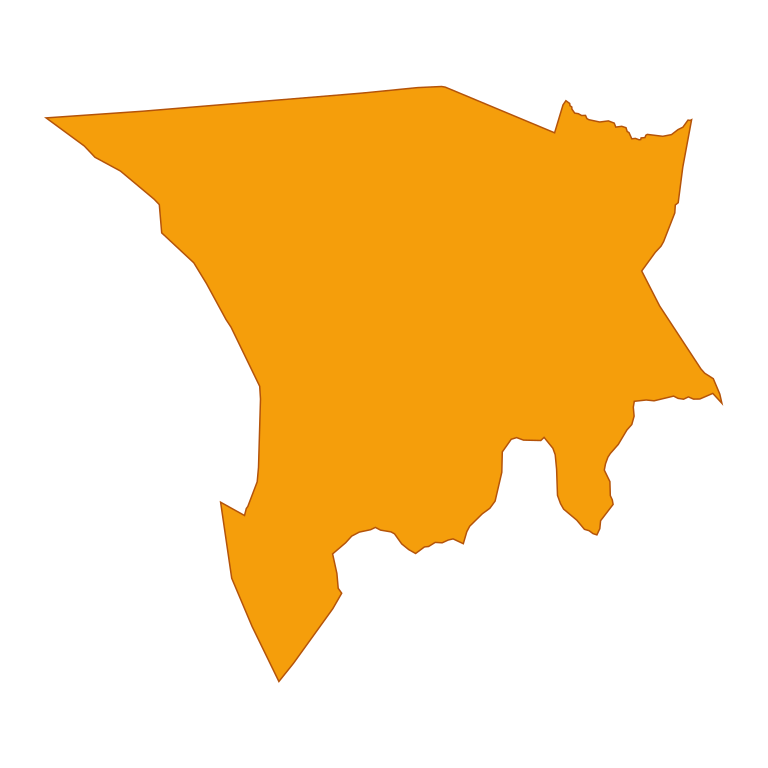 outline of Mosop, Rift Valley, Kenya
{"feature_id": "3690345B59171839823035", "entity_name": "Mosop", "entity_type": "district", "adm_level": 2, "iso_a3": "KEN", "parent_name": "Kenya", "parent_adm1": "Rift Valley", "projection": "orthographic", "projection_center": [35.043, 0.418], "detail": "medium", "context": "isolated", "style": "filled", "palette": "amber", "viewbox_px": 768, "rotation_deg": 0, "n_neighbors": 0, "source": "geoboundaries", "source_scale": "gbopen_adm2", "svg_char_len": 1925}
<svg xmlns="http://www.w3.org/2000/svg" viewBox="0 0 768 768"><path d="M721.9,403.3L719.8,394.1L713.3,378.7L704.7,373.2L700.9,368.9L659.7,306.1L641.7,271.0L655.3,252.3L661.0,246.2L663.6,241.6L674.8,212.9L675.3,205.0L678.2,202.7L682.8,167.1L691.6,119.7L690.2,120.4L688.0,120.1L682.9,127.2L678.0,129.6L671.5,134.6L662.8,136.3L647.3,134.4L645.9,135.2L644.9,137.6L641.1,137.9L640.7,139.6L639.1,139.8L635.4,138.4L631.8,138.8L629.0,132.6L627.2,131.5L626.0,127.7L621.7,126.3L615.8,127.1L614.2,123.1L608.4,120.9L599.7,122.0L588.9,119.7L586.9,118.6L585.5,115.4L581.6,115.5L578.4,113.7L574.7,113.1L571.9,109.1L571.8,107.0L570.0,105.7L569.7,103.5L565.9,100.7L563.0,104.9L554.6,132.8L445.2,87.1L441.6,86.5L417.6,87.6L361.8,93.1L142.9,111.2L46.1,117.9L84.3,146.0L95.0,157.3L120.4,171.0L154.1,199.2L159.3,204.6L161.7,232.9L193.8,262.8L206.5,283.6L226.0,319.5L231.1,327.3L259.7,386.3L260.5,399.0L258.5,467.4L257.2,481.8L247.8,506.5L246.3,508.5L244.5,515.5L220.6,502.2L231.7,578.2L252.1,626.5L278.9,681.5L293.4,663.4L332.8,608.7L341.7,593.2L338.2,588.3L336.9,573.5L332.6,553.9L345.6,542.8L351.7,536.1L359.3,532.1L370.6,529.7L375.4,527.4L380.5,530.1L391.0,531.9L394.5,533.8L401.7,543.9L408.7,549.6L415.6,553.5L424.5,546.9L428.6,546.5L435.2,542.4L442.2,542.8L448.3,540.0L453.1,538.9L463.3,543.7L466.8,531.7L469.7,526.2L482.4,513.7L489.8,508.3L495.1,501.1L501.8,472.3L502.3,451.9L511.2,439.3L516.6,437.6L523.5,440.1L540.8,440.5L544.1,437.4L552.9,448.3L555.2,454.7L556.6,469.3L557.5,495.4L560.5,503.6L563.6,509.1L576.8,520.2L584.4,529.3L589.1,530.7L593.0,533.6L596.9,534.9L599.8,528.7L600.6,520.7L613.1,504.4L612.3,499.9L610.3,495.6L609.9,481.6L604.3,470.1L605.5,463.8L607.9,457.2L610.3,453.5L618.3,444.4L626.9,430.0L631.8,424.5L634.1,416.2L633.3,407.2L634.3,401.3L646.2,400.0L654.1,400.8L673.6,396.1L678.1,398.4L683.6,399.2L688.4,396.9L693.5,399.1L699.8,399.0L712.8,393.4L721.9,403.3Z" fill="#f59e0b" stroke="#b45309" stroke-width="1.5"/></svg>